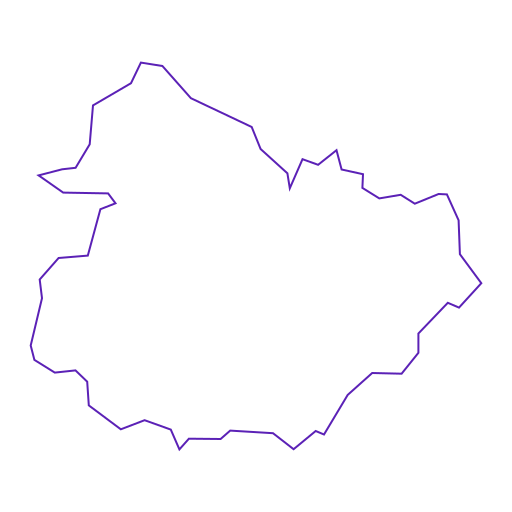 Elliott, Kentucky, United States of America
{"feature_id": "52423323B57528187825252", "entity_name": "Elliott", "entity_type": "district", "adm_level": 2, "iso_a3": "USA", "parent_name": "United States of America", "parent_adm1": "Kentucky", "projection": "robinson", "projection_center": [-83.1, 38.132], "detail": "fine", "context": "isolated", "style": "outline", "palette": "violet", "viewbox_px": 512, "rotation_deg": 0, "n_neighbors": 0, "source": "geoboundaries", "source_scale": "gbopen_adm2", "svg_char_len": 826}
<svg xmlns="http://www.w3.org/2000/svg" viewBox="0 0 512 512"><path d="M39.7,279.5L42.0,298.2L30.7,345.5L34.4,359.9L54.8,372.6L75.5,370.4L87.2,381.7L88.8,405.4L120.8,429.3L144.6,420.2L170.8,429.6L179.4,449.4L188.9,438.7L220.6,439.0L230.2,430.6L273.0,433.2L293.6,449.2L315.7,431.0L324.0,434.5L347.7,394.9L372.2,373.0L401.6,373.7L418.4,352.8L418.4,333.5L447.8,302.8L459.0,307.6L481.3,283.2L459.9,254.2L458.6,220.3L446.9,194.4L438.6,194.0L414.8,203.7L400.7,194.8L379.3,198.4L362.4,187.9L363.0,174.2L341.6,169.5L336.5,150.2L318.1,164.8L302.5,159.2L289.8,188.3L287.4,173.3L260.6,149.0L251.7,127.0L190.9,98.2L162.4,66.0L140.9,62.6L131.0,83.2L93.0,105.4L89.7,144.3L75.6,167.8L62.1,169.3L38.6,175.4L63.2,192.6L108.1,193.4L115.5,203.3L100.4,209.2L87.8,255.6L58.6,258.0L39.7,279.5Z" fill="none" stroke="#5b21b6" stroke-width="2"/></svg>